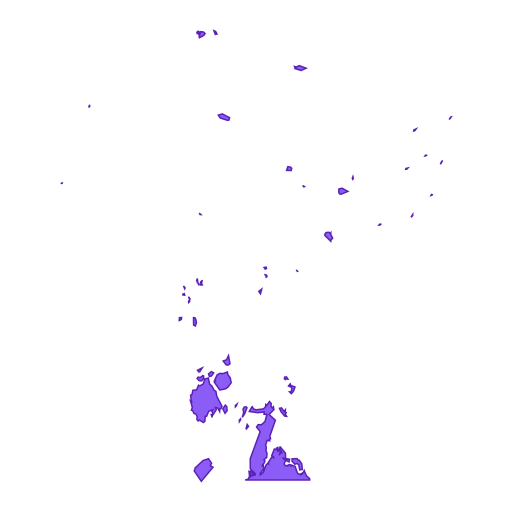 Torres, Queensland, Australia (Equal Earth projection)
{"feature_id": "25037944B43303794043608", "entity_name": "Torres", "entity_type": "district", "adm_level": 2, "iso_a3": "AUS", "parent_name": "Australia", "parent_adm1": "Queensland", "projection": "equal_earth", "projection_center": [142.441, -10.073], "detail": "fine", "context": "isolated", "style": "filled", "palette": "violet", "viewbox_px": 512, "rotation_deg": 0, "n_neighbors": 0, "source": "geoboundaries", "source_scale": "gbopen_adm2", "svg_char_len": 6119}
<svg xmlns="http://www.w3.org/2000/svg" viewBox="0 0 512 512"><path d="M309.7,480.0L309.7,478.7L306.4,475.8L304.2,470.5L303.3,472.5L300.6,474.1L301.7,474.3L300.8,474.8L297.5,473.2L295.1,466.4L291.8,465.2L290.7,466.7L291.0,465.0L289.5,464.5L288.1,465.1L288.0,466.5L287.8,465.6L285.2,465.7L284.2,463.7L286.0,459.3L284.4,459.5L283.6,458.9L283.2,458.2L285.6,458.9L285.5,453.2L280.4,447.1L280.0,447.6L281.1,448.8L279.8,447.7L279.7,448.8L280.9,450.7L281.6,452.5L281.5,452.9L281.0,453.0L280.3,452.5L279.3,455.4L280.2,452.2L281.4,452.4L278.1,449.2L277.8,447.4L276.6,448.1L277.7,449.4L278.0,450.9L277.6,451.8L277.4,449.4L275.0,449.1L274.6,450.1L274.5,448.6L271.7,455.7L273.3,456.7L274.1,458.5L273.0,456.9L271.8,457.1L268.4,462.3L268.5,463.9L267.7,463.4L266.0,465.1L263.4,472.3L260.3,474.9L260.3,473.2L263.7,468.8L263.3,465.0L261.6,466.2L264.3,462.8L264.9,460.7L263.9,459.6L266.7,457.5L267.0,453.3L266.0,450.8L266.3,447.2L265.6,445.3L267.1,440.4L269.7,440.8L269.2,439.4L270.6,438.8L269.8,436.3L275.4,420.2L269.1,414.5L273.9,409.6L273.4,406.8L272.4,408.0L270.9,406.2L271.3,403.7L269.5,401.5L266.7,405.4L265.8,404.5L265.5,406.9L263.4,408.9L256.1,409.8L253.6,409.0L252.3,406.7L251.7,407.2L249.3,411.5L257.7,412.7L264.2,412.0L264.0,414.3L266.9,414.4L265.0,421.5L261.5,424.7L258.1,424.7L256.5,427.1L260.2,431.5L250.2,458.8L250.3,468.8L251.6,470.2L251.1,470.6L252.5,471.1L251.7,471.3L252.6,471.6L252.1,472.9L253.3,472.8L252.8,473.3L253.8,474.2L253.9,473.1L255.3,473.7L255.0,475.1L253.1,475.5L253.0,474.7L252.4,473.9L252.6,475.2L251.8,475.5L250.3,474.2L251.3,472.1L249.0,471.3L249.4,475.0L250.0,474.6L250.5,475.8L249.8,475.4L250.1,476.6L249.4,476.3L248.4,479.0L245.2,480.0L309.7,480.0ZM208.3,378.1L205.0,378.9L203.1,384.1L199.9,385.8L198.5,385.2L196.6,389.8L192.8,390.3L192.2,394.0L190.6,395.2L191.3,401.4L192.4,402.3L190.5,400.9L192.3,407.4L191.4,410.2L192.7,410.7L194.0,413.5L195.9,414.0L197.2,416.6L196.9,419.5L198.1,421.0L199.6,420.1L203.3,422.5L204.9,421.3L205.2,416.3L206.6,416.3L208.7,411.3L212.6,409.9L211.9,411.3L213.1,414.6L216.3,409.7L215.5,407.5L217.8,408.1L219.6,411.5L219.8,408.9L220.8,408.8L222.0,406.3L216.8,396.3L215.9,391.3L214.0,390.1L212.1,386.3L209.7,384.1L208.3,378.1ZM211.6,463.3L208.5,458.7L203.1,460.5L195.3,467.8L194.9,467.3L195.3,468.4L194.2,470.9L201.3,481.3L213.0,467.2L210.3,465.8L211.6,463.3ZM217.1,375.0L214.9,379.6L215.5,381.0L214.3,381.1L214.4,382.3L219.8,390.0L225.4,388.9L228.0,387.1L231.2,382.7L230.2,377.7L227.8,374.5L227.4,372.0L223.0,373.6L219.6,373.4L217.1,375.0ZM302.3,469.5L301.8,464.0L299.3,460.2L298.2,460.3L297.2,458.6L292.1,458.8L292.0,461.1L294.9,464.3L296.4,463.5L298.7,464.4L299.7,469.9L302.3,469.5ZM229.6,117.7L222.2,113.9L218.3,115.1L220.2,118.0L227.4,120.3L228.8,120.2L229.6,117.7ZM324.9,235.5L330.8,241.3L331.0,239.9L332.7,238.2L330.8,234.5L330.8,232.8L330.3,233.5L329.0,232.3L326.2,232.5L325.0,233.9L324.9,235.5ZM338.7,192.1L339.5,193.9L341.1,194.2L347.9,191.4L342.0,188.2L338.9,189.0L338.7,192.1ZM228.5,355.6L226.5,359.8L223.2,361.0L226.2,364.9L228.4,365.0L230.0,363.7L228.5,355.6ZM295.1,68.6L301.1,70.5L306.1,68.2L299.2,65.6L296.8,66.8L295.1,68.6ZM288.5,386.0L291.2,387.2L292.0,389.0L290.8,391.9L289.6,391.9L291.3,393.7L293.4,391.4L295.0,387.0L290.8,385.4L290.2,383.9L288.5,386.0ZM281.0,411.7L284.7,416.1L286.6,416.3L285.3,414.3L286.2,412.6L285.1,412.0L285.3,409.9L284.1,411.3L281.5,407.9L279.5,408.3L281.0,411.7ZM222.8,408.8L225.0,413.3L227.1,410.8L226.8,406.7L225.3,405.1L222.8,408.8ZM200.6,31.7L199.1,36.8L199.4,37.7L203.7,35.5L205.1,33.6L203.5,32.0L200.6,31.7ZM193.5,317.6L193.6,325.1L195.3,326.0L196.5,322.6L195.8,319.4L195.0,317.8L193.5,317.6ZM243.7,412.3L242.3,417.4L244.7,413.6L247.0,407.8L246.3,406.9L244.3,407.0L243.0,409.2L243.7,412.3ZM203.5,378.8L203.7,376.0L202.9,375.5L200.3,377.5L198.1,377.1L197.1,378.5L199.1,380.6L201.6,380.9L203.5,378.8ZM291.7,168.4L290.6,167.1L287.8,166.7L286.6,170.4L291.2,170.5L291.7,168.4ZM208.5,373.9L209.4,376.6L211.5,375.9L213.7,372.9L211.3,371.6L208.5,373.9ZM198.8,372.0L199.8,371.7L202.2,367.9L197.5,370.2L198.8,372.0ZM289.6,459.2L287.1,458.8L286.3,460.7L289.0,461.9L289.6,459.2ZM213.9,30.7L215.3,34.4L217.0,34.0L215.6,31.4L213.9,30.7ZM260.5,293.8L261.7,289.1L258.8,291.4L260.5,293.8ZM200.8,285.0L202.3,284.9L201.5,283.4L202.3,280.2L200.7,282.0L200.8,285.0ZM285.4,379.6L286.3,379.0L287.9,379.1L286.5,376.9L284.7,377.1L284.3,378.7L285.4,379.6ZM179.3,320.5L181.3,319.5L181.6,317.5L179.4,317.7L179.3,320.5ZM247.2,424.5L246.1,428.4L246.4,428.9L248.5,426.4L247.2,424.5ZM266.2,277.2L267.0,276.6L266.6,275.2L264.5,274.3L265.9,275.5L266.2,277.2ZM264.1,267.5L265.2,269.1L266.5,268.5L266.1,267.1L264.1,267.5ZM413.7,131.0L414.8,130.7L416.1,128.9L413.9,129.9L413.7,131.0ZM197.7,281.3L197.3,278.5L196.6,280.9L197.7,281.3ZM184.3,293.6L182.8,294.2L182.8,294.9L184.7,295.2L184.3,293.6ZM212.2,414.7L211.2,414.6L212.0,416.7L212.4,416.0L212.2,414.7ZM352.9,176.7L352.3,178.2L352.7,179.3L353.3,178.6L352.9,176.7ZM412.7,214.5L411.0,217.3L412.7,215.7L412.7,214.5ZM239.4,421.6L240.6,419.7L240.5,418.9L239.3,420.1L239.4,421.6ZM405.7,169.3L406.9,169.1L407.9,168.0L405.9,168.5L405.7,169.3ZM188.7,302.5L189.8,301.2L189.2,300.3L188.5,301.6L188.7,302.5ZM235.4,406.8L236.3,405.9L237.0,404.1L235.4,405.4L235.4,406.8ZM188.5,296.7L189.5,299.2L190.1,299.0L188.5,296.7ZM199.2,213.1L200.2,214.6L200.9,214.6L199.2,213.1ZM89.7,106.4L89.6,104.8L88.7,107.4L89.7,106.4ZM378.9,225.1L379.7,225.1L381.3,224.0L379.7,224.2L378.9,225.1ZM197.8,283.1L199.3,285.4L198.8,283.4L197.8,283.1ZM185.1,287.9L183.5,285.9L184.7,288.8L185.1,287.9ZM197.3,33.6L198.0,33.1L198.2,32.2L196.9,32.3L197.3,33.6ZM294.5,66.5L295.0,67.7L295.6,66.8L294.5,66.5ZM440.3,164.2L441.0,163.4L442.6,160.5L441.7,161.4L440.3,164.2ZM302.7,185.5L303.9,186.9L304.5,186.6L302.7,185.5ZM197.2,31.5L198.5,31.6L198.4,31.3L197.2,31.5ZM449.1,119.5L450.5,118.0L451.2,116.9L450.8,117.0L449.1,119.5ZM431.0,195.5L431.9,195.2L432.2,194.7L431.5,194.5L431.0,195.5ZM198.6,35.1L199.9,33.4L199.5,32.6L198.6,35.1ZM424.9,156.0L425.6,156.0L426.4,155.3L425.6,155.1L424.9,156.0ZM296.2,269.9L297.4,271.4L297.6,271.3L296.2,269.9ZM60.8,183.8L62.1,183.1L62.9,183.2L62.2,182.8L60.8,183.8Z" fill="#8b5cf6" stroke="#5b21b6" stroke-width="1.5"/></svg>